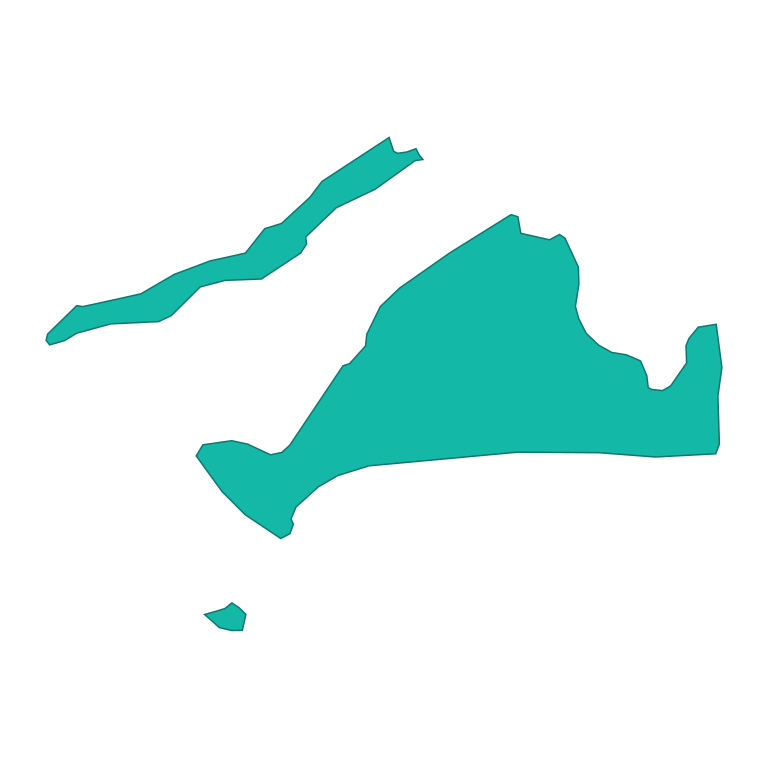 Dukes, Massachusetts, United States of America (Albers equal-area conic projection)
{"feature_id": "52423323B80423316533974", "entity_name": "Dukes", "entity_type": "district", "adm_level": 2, "iso_a3": "USA", "parent_name": "United States of America", "parent_adm1": "Massachusetts", "projection": "albers", "projection_center": [-70.705, 41.388], "detail": "fine", "context": "isolated", "style": "filled", "palette": "teal", "viewbox_px": 768, "rotation_deg": 0, "n_neighbors": 0, "source": "geoboundaries", "source_scale": "gbopen_adm2", "svg_char_len": 1363}
<svg xmlns="http://www.w3.org/2000/svg" viewBox="0 0 768 768"><path d="M202.9,444.8L196.2,455.9L222.1,491.6L245.3,514.8L280.7,538.5L290.0,533.6L293.4,524.2L291.0,518.9L296.1,506.9L318.4,486.8L337.6,475.6L369.0,465.8L517.3,452.2L598.8,452.7L655.3,457.0L715.7,453.8L719.4,444.0L717.9,396.2L721.9,367.5L716.2,324.3L698.2,327.2L689.0,338.4L686.0,345.7L686.6,362.9L670.7,385.9L662.4,390.6L651.4,389.4L648.2,387.5L646.8,375.7L640.6,361.0L626.4,354.8L611.6,352.4L598.6,345.1L586.2,333.3L578.8,318.8L575.4,306.5L578.9,284.1L578.4,267.1L565.0,238.2L559.5,234.5L549.5,239.8L520.8,233.3L517.9,216.8L511.1,214.6L449.9,252.8L399.7,288.0L380.3,306.6L366.8,334.2L365.5,346.0L349.5,363.7L343.0,365.8L289.8,445.2L281.7,452.5L270.5,454.8L247.8,444.2L231.7,440.7L202.9,444.8ZM389.1,137.5L321.9,181.5L310.1,197.1L281.5,223.5L264.8,228.6L245.4,253.1L210.2,260.9L174.4,274.3L140.9,293.8L113.1,300.0L82.8,306.6L76.8,305.6L47.7,334.0L46.1,340.3L49.6,344.9L64.5,340.6L76.7,333.2L110.7,323.9L158.7,321.6L171.3,315.6L200.3,286.9L225.0,280.4L261.4,279.0L300.7,253.0L306.6,244.0L305.7,237.0L336.3,207.7L375.2,189.2L415.0,160.7L422.9,159.5L419.2,155.1L416.0,148.7L407.0,152.0L397.7,153.3L393.7,151.4L389.1,137.5ZM212.4,612.3L204.6,614.5L219.4,627.6L231.6,630.5L242.3,630.4L245.9,614.4L239.3,607.9L231.9,602.9L224.8,608.6L212.4,612.3Z" fill="#14b8a6" stroke="#0f766e" stroke-width="1.5"/></svg>